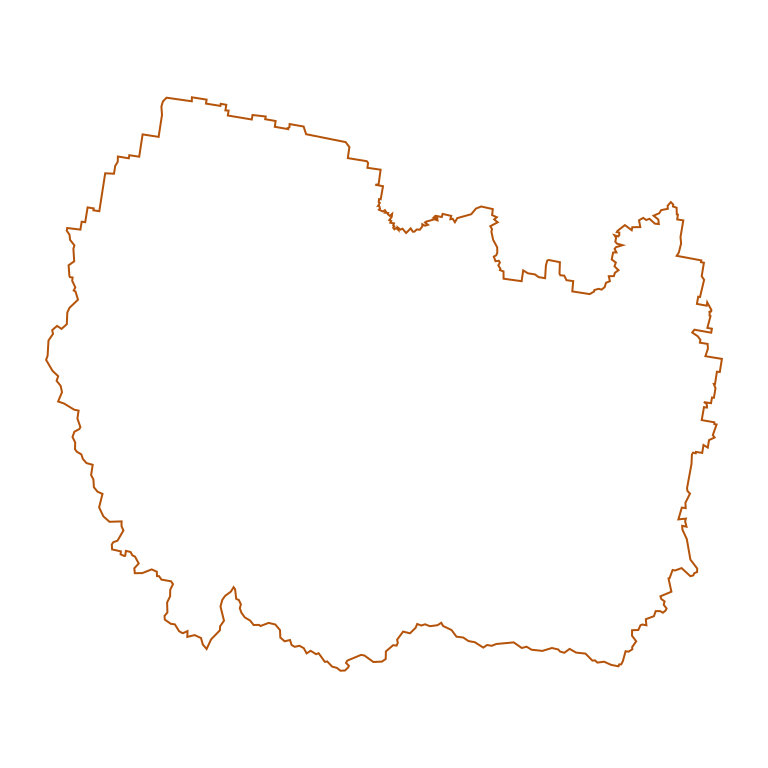 Scenic Rim, Queensland, Australia (Albers equal-area conic projection)
{"feature_id": "25037944B99333709196563", "entity_name": "Scenic Rim", "entity_type": "district", "adm_level": 2, "iso_a3": "AUS", "parent_name": "Australia", "parent_adm1": "Queensland", "projection": "albers", "projection_center": [152.791, -28.04], "detail": "fine", "context": "isolated", "style": "outline", "palette": "amber", "viewbox_px": 768, "rotation_deg": 0, "n_neighbors": 0, "source": "geoboundaries", "source_scale": "gbopen_adm2", "svg_char_len": 6065}
<svg xmlns="http://www.w3.org/2000/svg" viewBox="0 0 768 768"><path d="M619.2,664.4L621.2,664.4L622.8,661.3L625.6,651.2L628.5,651.7L632.3,649.3L632.2,647.0L636.2,641.3L632.0,635.7L632.1,630.2L638.3,630.0L640.5,625.2L642.5,624.5L646.4,625.3L645.8,619.2L653.9,616.2L655.7,611.1L660.1,611.1L662.9,612.7L665.5,610.6L666.6,608.5L663.7,604.7L664.6,601.4L661.3,599.0L660.4,596.3L671.4,591.7L668.5,578.4L669.6,578.1L672.6,570.0L675.0,570.5L681.6,568.1L690.4,576.2L693.3,575.4L694.2,573.3L697.1,572.0L697.2,568.5L690.4,559.6L686.8,539.1L682.4,529.6L682.2,525.8L686.5,526.7L685.1,521.2L685.9,518.6L678.4,519.4L681.8,507.6L685.7,508.1L685.4,502.8L690.0,493.6L687.6,491.2L687.0,488.4L691.5,464.0L691.9,454.5L693.1,452.6L695.7,453.3L695.9,451.9L702.2,452.9L703.5,445.0L707.8,447.6L709.0,440.1L714.6,437.5L712.8,435.1L716.6,424.5L714.3,424.1L714.3,422.3L701.7,420.1L704.0,407.1L706.9,407.6L707.1,406.4L706.5,403.7L703.9,402.1L711.0,403.2L712.0,397.5L713.9,397.8L715.5,388.2L713.8,384.0L715.0,384.1L716.9,371.7L719.8,372.0L721.9,358.9L705.4,356.2L707.9,348.7L707.6,343.9L699.9,342.7L700.4,339.9L697.8,336.3L692.2,332.5L694.4,329.7L711.2,332.7L711.9,328.7L707.4,327.9L710.5,316.0L709.5,315.5L709.8,312.0L708.6,311.8L711.2,311.4L711.4,310.0L707.2,302.3L706.7,305.7L696.9,303.9L698.2,296.7L700.0,297.0L704.1,279.8L701.7,276.2L703.9,262.7L701.0,262.2L701.3,260.4L676.7,255.8L678.8,252.6L681.1,243.6L680.5,237.0L683.3,220.4L677.2,219.4L677.9,214.6L676.8,214.4L676.6,207.7L673.0,206.5L673.2,204.5L670.8,202.1L667.6,205.8L667.8,208.8L661.2,210.1L659.3,213.2L653.6,215.7L658.3,219.5L658.8,224.1L654.8,223.6L649.5,218.8L646.2,220.0L643.2,217.9L639.0,220.3L640.3,227.1L632.3,227.2L631.7,230.2L624.9,225.1L617.6,230.8L616.8,232.1L619.3,232.6L619.3,235.1L618.2,236.4L614.4,235.2L616.1,237.8L615.3,241.7L617.1,243.7L622.6,245.2L616.0,247.2L614.6,248.9L616.4,252.4L613.1,252.5L611.7,259.5L615.8,262.5L614.5,266.4L618.5,270.2L614.9,272.8L613.9,276.1L608.8,276.2L609.9,281.2L606.0,282.8L604.7,287.1L601.6,289.6L598.5,288.8L594.3,290.1L594.0,291.6L589.7,294.1L572.3,291.4L573.2,281.1L566.5,280.2L564.2,275.6L560.4,275.3L559.5,273.8L559.9,262.2L548.9,260.0L547.2,260.6L545.9,265.6L545.1,278.2L538.6,277.1L534.9,274.4L527.9,273.3L523.2,270.4L521.6,281.2L503.6,278.7L503.5,271.4L499.9,270.1L500.4,268.7L498.3,265.4L499.9,262.5L498.8,260.8L495.5,261.2L493.8,256.6L496.2,255.3L497.3,252.8L497.2,247.4L493.1,239.7L491.4,231.7L492.0,229.1L490.3,226.2L497.7,222.3L494.2,219.4L496.8,217.2L492.1,215.1L492.8,209.1L481.2,206.5L475.9,208.6L471.3,214.2L457.3,218.1L454.9,222.2L452.7,218.8L450.4,219.2L451.2,215.9L442.6,213.9L441.8,217.0L435.4,215.8L433.6,217.6L437.2,217.9L437.5,220.4L434.6,219.3L425.9,221.7L425.0,222.5L427.9,224.8L425.0,225.7L422.3,224.3L422.3,226.5L419.8,229.7L416.7,229.5L414.4,231.7L412.8,231.7L410.7,228.4L406.1,233.0L402.5,228.7L400.4,229.6L397.9,227.6L398.4,230.0L396.3,228.0L394.4,229.3L393.2,227.7L394.3,226.3L393.2,225.4L394.0,223.4L390.3,222.7L391.2,220.9L389.3,220.1L391.7,216.9L392.1,213.9L389.8,215.9L387.9,214.3L388.2,213.0L385.1,212.7L385.9,211.7L384.9,210.2L383.0,211.5L378.9,209.7L380.0,208.5L379.1,205.6L378.1,205.8L379.8,202.9L378.7,202.1L379.1,199.1L380.7,199.3L383.0,186.2L375.3,184.8L378.6,184.3L380.6,169.7L367.4,167.8L368.1,163.0L366.8,161.2L347.8,158.1L349.4,147.1L345.6,142.1L306.1,134.2L303.6,126.5L289.6,124.1L289.4,127.4L287.7,128.1L288.0,129.1L274.8,126.8L275.6,121.0L265.2,119.2L265.7,116.5L252.5,115.0L251.8,119.5L227.8,115.5L228.6,110.6L225.4,110.4L226.3,104.8L220.7,103.8L220.4,105.9L206.0,103.6L206.6,99.6L191.9,97.3L191.8,101.3L166.6,97.7L162.9,101.4L161.4,106.6L162.0,114.9L158.6,136.9L142.6,134.4L139.2,156.7L129.3,155.2L128.8,158.3L117.9,156.5L117.7,161.9L115.2,165.9L114.0,173.7L105.2,173.3L99.3,211.2L93.4,210.3L93.7,208.4L87.6,207.4L85.2,222.2L81.7,221.7L80.4,229.6L67.2,228.0L66.7,230.6L69.5,234.7L70.1,239.9L74.4,245.4L73.4,248.7L74.2,261.3L68.6,265.3L69.4,275.9L69.9,277.1L72.6,277.5L72.2,280.8L75.3,287.4L73.7,290.5L75.5,291.5L78.0,299.7L69.5,307.8L67.3,312.6L66.8,324.2L61.5,328.9L57.1,325.9L52.2,330.1L53.0,333.9L48.5,340.5L47.6,355.8L46.1,359.9L52.5,370.8L58.2,376.2L56.6,380.8L60.6,385.8L62.0,392.2L58.1,401.5L64.0,403.5L74.2,409.7L78.6,410.6L77.4,418.5L80.4,427.2L79.3,429.1L74.4,431.7L72.5,437.0L75.2,442.5L75.0,449.2L76.9,451.8L81.3,454.3L82.9,459.0L86.5,463.1L92.7,464.8L91.1,475.1L93.4,479.4L93.9,487.2L97.5,491.7L102.5,493.9L99.1,507.4L103.4,516.4L109.5,521.8L121.6,521.4L121.5,526.1L123.4,530.5L117.5,540.7L113.3,542.2L111.8,544.5L112.1,549.4L120.9,551.4L120.6,554.3L124.2,556.0L125.2,555.8L125.9,550.9L130.6,552.0L132.3,555.3L135.0,556.6L138.7,563.5L134.3,568.3L134.8,573.2L142.3,573.1L151.7,569.4L156.8,571.7L157.0,576.1L159.1,576.2L161.4,579.6L171.0,581.3L173.0,584.1L170.2,589.8L170.1,596.3L167.1,602.5L167.4,612.5L164.5,615.9L164.8,619.6L170.8,623.8L174.9,624.4L179.0,631.1L181.3,632.5L182.9,633.2L187.5,631.1L187.3,636.9L194.6,635.1L201.0,638.0L202.8,644.5L206.6,649.0L211.1,639.4L219.9,630.3L220.1,626.3L224.0,620.7L220.5,606.5L222.3,599.8L225.1,595.9L230.9,591.6L233.6,587.2L235.1,589.3L236.2,598.8L238.9,600.1L240.9,604.4L239.8,608.2L241.4,612.7L244.8,617.4L250.2,620.6L253.6,625.0L259.1,624.9L260.4,626.0L268.7,622.9L275.3,624.5L280.0,630.1L280.3,637.5L284.6,641.3L290.0,640.0L291.6,645.0L294.7,646.8L299.5,645.8L303.8,648.2L306.6,653.4L310.6,650.8L316.1,654.2L318.6,653.2L324.9,661.9L327.2,661.4L332.1,666.6L336.9,667.9L340.4,670.7L345.0,670.5L348.2,667.4L348.9,665.8L346.0,662.9L347.3,660.6L361.0,654.9L364.4,655.5L373.4,662.0L381.9,661.6L385.7,659.0L385.9,651.4L393.1,645.2L396.6,645.6L397.8,642.7L397.1,639.7L403.1,631.6L410.0,633.3L415.6,627.8L417.2,624.0L421.3,625.5L425.1,624.3L429.9,626.2L437.5,625.2L441.3,622.8L443.1,626.0L451.5,630.0L456.5,636.7L463.2,637.5L468.6,641.1L474.8,642.2L483.3,647.6L487.1,645.0L491.8,645.8L496.2,644.0L513.7,642.4L521.8,648.0L526.6,646.7L531.5,649.7L542.4,650.9L551.9,648.0L558.3,649.5L560.0,651.5L564.3,652.8L569.6,648.9L576.1,652.6L585.5,653.6L592.4,660.6L595.0,660.4L597.4,662.6L604.1,661.7L611.2,664.9L618.5,666.3L619.2,664.4Z" fill="none" stroke="#b45309" stroke-width="2"/></svg>